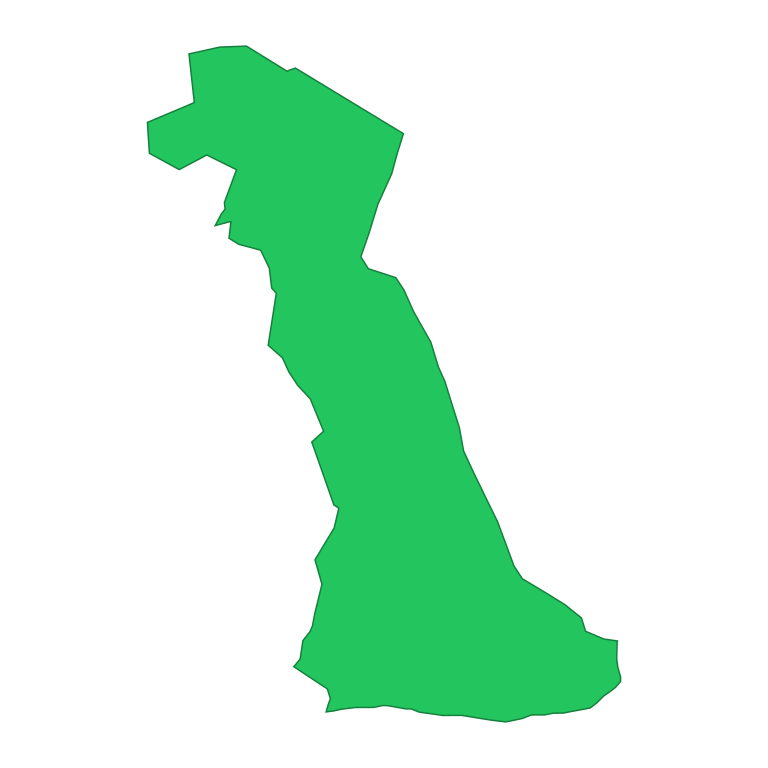 the district of Oriade, Osun, Nigeria
{"feature_id": "59680162B70922239420655", "entity_name": "Oriade", "entity_type": "district", "adm_level": 2, "iso_a3": "NGA", "parent_name": "Nigeria", "parent_adm1": "Osun", "projection": "mercator", "projection_center": [4.887, 7.554], "detail": "fine", "context": "isolated", "style": "filled", "palette": "green", "viewbox_px": 768, "rotation_deg": 0, "n_neighbors": 0, "source": "geoboundaries", "source_scale": "gbopen_adm2", "svg_char_len": 1614}
<svg xmlns="http://www.w3.org/2000/svg" viewBox="0 0 768 768"><path d="M620.6,681.4L620.6,677.1L617.8,667.1L616.7,658.8L616.9,650.7L617.1,642.4L617.5,641.0L606.7,639.4L603.7,639.0L585.6,631.3L581.4,617.9L564.8,604.6L554.6,598.3L550.2,595.5L522.3,578.7L514.0,566.0L508.9,552.2L497.6,521.8L488.3,502.8L474.0,473.4L463.6,451.0L462.2,443.2L459.4,427.8L449.7,396.9L446.0,384.9L444.9,381.4L438.4,367.0L430.8,342.1L413.6,311.6L404.0,290.1L403.3,289.0L395.8,277.7L368.3,268.7L363.6,261.2L360.8,256.9L369.0,233.3L377.9,204.2L379.9,199.9L391.7,173.8L394.4,163.8L397.2,153.7L403.4,133.7L295.4,68.1L288.5,70.5L287.2,71.3L246.4,46.1L219.7,47.1L189.0,53.9L194.3,102.6L147.4,122.4L149.4,153.3L179.2,169.6L206.7,155.0L236.5,169.7L224.4,202.5L225.1,209.1L221.5,213.7L215.2,225.6L229.3,221.8L230.9,221.8L229.0,238.3L239.0,244.4L260.7,250.2L269.3,268.2L271.7,288.1L276.3,293.2L268.2,345.3L282.5,357.9L288.9,372.0L297.6,385.2L310.4,399.1L323.6,431.2L311.8,442.0L333.9,505.0L338.8,508.1L334.2,527.9L315.0,559.8L321.0,580.9L321.9,583.9L321.7,585.4L315.1,612.2L313.7,619.1L312.5,625.8L310.1,631.5L302.9,640.7L300.1,659.2L293.8,666.7L327.3,688.9L330.4,698.7L328.3,704.3L326.1,711.9L333.2,711.0L341.6,709.2L355.2,707.5L373.8,707.4L382.2,705.6L387.3,705.6L405.9,708.9L411.0,708.9L419.5,712.2L431.3,713.8L443.2,715.5L451.8,715.4L453.3,715.4L461.8,715.4L482.1,718.7L492.3,720.3L505.8,721.9L514.2,720.2L522.7,718.4L531.1,715.0L537.9,714.9L544.7,714.9L553.1,713.2L563.3,713.1L571.7,711.4L581.8,709.6L590.3,707.9L597.0,702.7L603.8,695.9L608.8,692.5L608.9,692.4L615.6,687.3L620.6,681.4Z" fill="#22c55e" stroke="#15803d" stroke-width="1.5"/></svg>